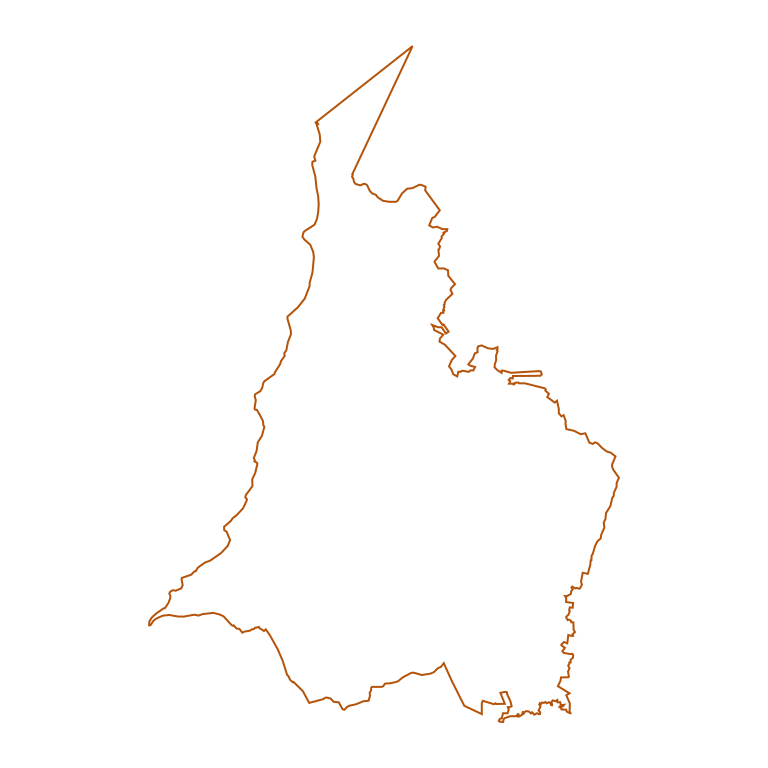 San Onofre, Sucre, Colombia
{"feature_id": "7082276B86693666640795", "entity_name": "San Onofre", "entity_type": "district", "adm_level": 2, "iso_a3": "COL", "parent_name": "Colombia", "parent_adm1": "Sucre", "projection": "albers", "projection_center": [-75.504, 9.884], "detail": "fine", "context": "isolated", "style": "outline", "palette": "amber", "viewbox_px": 768, "rotation_deg": 0, "n_neighbors": 0, "source": "geoboundaries", "source_scale": "gbopen_adm2", "svg_char_len": 6125}
<svg xmlns="http://www.w3.org/2000/svg" viewBox="0 0 768 768"><path d="M412.6,46.1L315.6,122.5L316.3,123.5L318.0,122.6L317.2,123.6L318.0,124.2L316.8,125.0L319.7,134.4L320.3,141.7L314.2,156.4L315.4,160.7L312.5,161.7L312.2,164.9L315.3,176.4L316.6,188.8L318.2,196.3L318.7,204.6L318.2,212.1L317.0,218.9L314.5,224.7L304.5,231.2L303.5,232.4L302.4,236.7L304.5,239.7L310.2,244.6L313.2,251.9L313.9,257.2L312.5,272.4L309.7,282.7L309.6,286.1L304.8,298.5L297.9,307.3L287.5,316.6L287.4,318.4L290.7,330.2L291.0,334.1L287.9,342.1L286.3,350.4L284.3,353.1L284.6,356.1L281.1,360.9L280.0,364.4L274.9,372.3L274.5,374.0L264.5,381.1L263.3,382.9L262.2,387.9L260.3,391.2L255.2,394.2L254.7,396.3L255.8,400.2L254.5,408.6L255.0,409.6L256.9,409.9L260.6,416.3L263.0,421.2L263.4,425.4L264.4,426.7L261.9,435.9L257.8,442.3L256.6,450.9L253.8,458.1L254.9,460.4L254.4,461.4L256.7,462.5L257.4,463.9L255.2,473.0L252.2,479.4L252.5,486.0L245.8,495.1L245.3,497.4L246.9,499.2L246.8,500.3L243.0,508.4L236.5,515.3L232.6,518.3L230.9,520.9L224.1,526.7L224.2,530.1L226.6,531.7L230.1,540.1L227.8,545.8L221.0,553.1L210.0,560.7L204.9,562.6L197.9,567.6L195.6,571.3L194.4,571.4L191.2,574.7L181.9,577.9L181.5,579.2L182.7,585.2L181.2,588.4L175.7,590.7L172.8,590.2L170.2,591.7L169.3,593.5L170.3,595.7L170.3,598.0L168.4,603.0L164.9,608.2L163.9,608.2L156.3,613.4L151.7,617.6L149.3,621.6L149.1,624.8L149.3,625.4L150.5,625.2L153.5,620.7L156.8,618.3L163.0,615.6L169.4,615.0L178.0,616.5L183.8,616.6L194.4,614.7L198.5,615.6L202.6,614.1L213.3,612.9L219.7,614.5L223.5,616.3L231.7,625.2L233.1,625.8L233.7,625.4L236.5,628.5L239.4,628.9L242.3,632.7L244.1,631.7L250.1,630.6L251.7,629.4L253.9,629.1L254.8,627.9L258.8,627.0L258.9,627.7L264.0,631.0L265.8,629.4L269.8,635.1L277.7,649.2L282.8,661.1L287.2,675.2L288.2,675.8L290.1,679.8L292.9,682.3L293.6,682.0L302.9,691.2L309.2,702.9L323.1,699.2L325.3,697.7L327.6,697.7L330.8,698.7L333.6,701.8L338.8,702.3L342.5,709.2L344.4,709.8L347.1,706.9L349.4,705.7L355.6,704.4L363.3,701.3L368.6,700.7L370.0,695.7L369.7,692.6L371.1,690.5L371.1,687.9L372.0,686.9L381.6,686.9L383.3,686.1L385.0,683.6L390.9,683.2L397.7,681.5L402.9,677.3L411.4,672.8L413.9,672.7L421.7,675.0L430.3,673.7L433.8,672.2L437.9,668.2L441.0,666.8L443.8,663.2L451.6,680.5L464.3,705.8L481.8,714.1L481.8,703.2L482.8,700.8L493.9,704.2L495.5,703.3L496.1,704.0L504.8,703.8L500.4,692.8L505.8,691.8L506.9,692.2L507.1,694.1L510.6,701.7L511.6,706.2L509.8,707.2L507.9,707.1L508.7,709.7L507.6,713.2L503.0,713.3L501.8,718.1L499.7,719.0L498.8,720.9L499.7,721.7L503.2,721.9L503.6,719.2L504.8,718.1L510.4,716.2L516.2,716.2L518.0,714.0L518.6,714.3L518.1,716.5L519.0,716.6L523.8,713.7L523.9,713.0L522.5,713.0L522.8,712.0L524.3,712.3L526.2,711.1L528.9,711.5L530.9,713.4L532.1,712.3L534.3,714.7L537.0,713.2L539.1,714.2L540.0,714.0L540.2,712.2L538.6,710.6L540.5,706.4L539.3,704.5L540.0,703.1L541.0,704.0L542.1,702.5L543.9,702.9L545.5,702.0L546.7,703.3L549.0,702.2L550.3,703.0L551.1,705.1L551.9,705.3L552.2,704.5L551.4,702.2L552.6,700.4L555.6,701.2L557.3,700.0L557.5,702.3L560.2,702.2L560.9,705.2L564.1,704.8L563.0,706.3L559.6,706.5L559.4,707.1L561.2,707.8L561.4,709.4L566.2,709.7L566.7,711.6L571.1,713.7L569.6,711.9L569.8,703.4L566.3,695.2L569.5,693.3L557.9,686.2L560.5,680.7L561.0,677.4L568.3,677.3L568.9,676.6L568.0,671.6L569.5,668.3L568.2,665.6L569.4,663.6L569.3,662.6L570.7,662.4L570.6,659.8L572.9,657.8L573.3,655.2L572.3,653.8L570.3,654.1L563.8,652.9L562.4,651.2L564.9,647.8L561.4,645.4L561.3,644.7L563.9,642.0L567.3,643.3L568.3,635.0L571.1,635.9L573.1,635.8L572.5,634.2L575.0,632.1L573.6,629.8L573.4,622.4L571.3,622.3L571.0,620.9L568.8,619.6L567.7,620.1L566.2,617.6L566.3,616.7L568.3,614.9L569.8,611.4L569.1,610.1L569.8,607.4L572.7,607.7L573.1,603.0L566.1,602.0L566.2,597.9L565.0,596.0L566.9,596.1L570.9,593.9L571.2,591.2L572.7,589.4L571.5,587.5L572.1,586.6L575.4,588.4L576.4,587.9L579.5,588.7L580.2,588.0L581.9,584.6L581.0,581.8L582.7,572.8L587.9,573.8L590.3,564.6L590.7,560.3L591.4,560.2L591.6,555.6L592.7,554.1L595.1,545.8L597.4,541.4L600.7,538.4L601.2,534.9L604.4,527.4L603.7,522.7L605.5,518.9L606.0,513.1L610.4,506.0L612.3,497.8L613.7,496.0L613.8,493.0L616.6,486.8L616.6,483.2L618.9,477.6L613.3,469.8L612.2,467.1L612.1,464.5L615.5,456.4L610.7,452.7L606.8,451.5L602.3,448.2L597.5,443.3L595.1,442.4L592.6,443.9L589.3,442.6L585.4,433.3L580.7,434.2L574.0,430.8L566.4,429.1L565.5,424.1L565.7,421.0L563.6,415.2L561.4,416.3L558.8,413.3L558.8,408.9L557.0,400.7L554.7,402.6L547.3,397.0L548.9,393.8L545.4,390.7L545.8,389.4L545.0,388.4L524.9,383.3L519.0,383.3L518.4,382.6L516.4,382.6L515.0,382.8L514.4,384.3L513.3,384.4L513.0,383.6L509.0,383.7L510.2,381.0L508.7,380.0L510.4,378.0L512.7,378.5L513.0,376.0L540.3,375.8L541.7,374.6L541.0,371.6L539.1,371.1L511.2,372.8L503.2,370.6L501.6,370.7L501.6,372.8L497.3,370.1L494.6,367.3L494.7,364.7L496.2,360.0L496.0,355.6L497.6,351.4L496.7,350.1L497.5,349.4L497.5,347.2L493.0,348.9L487.9,348.3L481.6,345.4L478.0,346.5L477.4,348.6L477.6,352.2L474.8,353.3L472.9,358.5L468.3,364.4L470.3,365.7L475.1,367.0L473.4,370.4L470.4,370.4L468.7,371.9L463.2,370.8L461.5,370.9L460.6,371.9L458.4,371.7L457.2,376.4L453.3,374.3L451.4,369.4L449.0,366.4L451.7,360.2L455.4,356.0L445.0,344.8L439.5,341.6L439.9,338.6L443.3,334.6L434.1,330.0L433.8,327.7L432.2,325.0L438.0,327.2L441.6,327.3L445.9,333.5L448.6,331.7L443.6,324.5L442.6,325.0L441.9,324.2L437.7,318.2L441.0,312.9L443.4,312.8L443.1,310.4L444.1,310.4L443.7,308.2L444.5,307.0L443.8,305.1L444.7,304.1L444.7,302.4L446.2,299.7L452.4,293.9L450.5,289.9L451.3,287.9L455.0,284.2L448.3,275.8L448.0,270.3L443.9,268.4L438.3,268.5L434.7,262.2L434.7,261.3L439.0,255.9L438.4,249.6L439.2,249.2L440.0,246.4L438.3,243.7L441.8,238.0L441.6,236.4L444.1,233.6L443.5,232.6L446.8,231.1L447.3,229.1L442.4,229.1L437.0,226.7L433.0,227.5L429.2,225.4L432.2,218.0L434.7,216.9L439.8,210.3L425.2,190.4L425.6,186.7L421.0,184.8L419.3,184.8L412.3,188.2L407.2,188.7L402.1,193.3L397.5,200.9L395.9,201.8L389.5,201.8L383.2,200.9L377.7,197.3L376.1,195.0L372.0,193.3L369.8,190.9L367.1,185.2L365.4,184.0L363.3,183.9L361.0,185.2L359.6,185.2L355.5,183.9L354.2,182.3L353.2,178.4L352.1,176.9L352.8,174.6L352.3,174.2L412.6,46.1Z" fill="none" stroke="#b45309" stroke-width="2"/></svg>